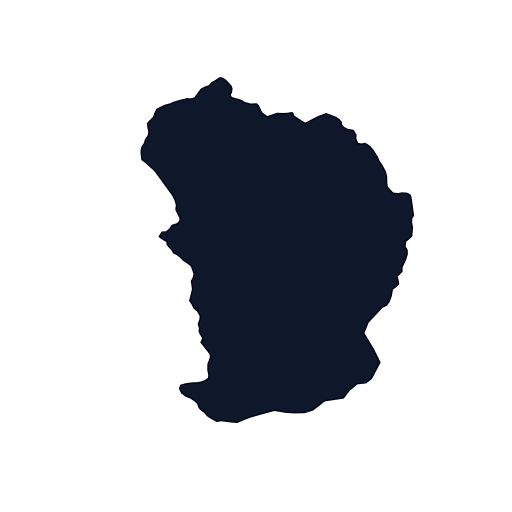 outline of Tambunan, Sabah, Malaysia, rotated 304°
{"feature_id": "92858781B2820786401574", "entity_name": "Tambunan", "entity_type": "district", "adm_level": 2, "iso_a3": "MYS", "parent_name": "Malaysia", "parent_adm1": "Sabah", "projection": "mercator", "projection_center": [116.421, 5.708], "detail": "fine", "context": "isolated", "style": "filled", "palette": "ink", "viewbox_px": 512, "rotation_deg": 304, "n_neighbors": 0, "source": "geoboundaries", "source_scale": "gbopen_adm2", "svg_char_len": 2650}
<svg xmlns="http://www.w3.org/2000/svg" viewBox="0 0 512 512"><g transform="rotate(304 256 256)"><path d="M377.6,363.8L389.1,353.5L391.1,351.6L392.5,349.9L392.5,346.8L391.3,344.3L389.7,341.7L387.4,339.5L385.7,336.7L384.6,334.1L386.6,326.0L390.2,322.9L394.7,319.8L398.1,316.1L401.5,309.7L403.4,304.9L405.7,301.3L409.0,293.9L410.2,289.7L410.4,286.1L410.2,283.3L407.9,281.3L406.0,277.4L409.0,272.9L412.1,271.2L414.4,266.4L411.9,260.8L411.6,256.6L412.4,253.5L414.4,252.1L415.5,248.7L415.5,245.0L413.3,234.9L406.8,230.1L393.3,222.6L393.0,210.2L393.0,209.1L395.0,206.3L394.4,205.1L391.6,202.3L388.8,198.4L386.0,193.9L378.7,188.3L377.8,187.7L377.6,186.0L377.8,180.7L379.8,177.3L381.8,173.9L382.3,171.4L378.7,166.6L376.7,160.7L376.7,157.3L375.9,154.0L374.8,151.2L373.6,147.2L374.8,144.4L378.1,143.9L381.2,142.4L382.9,140.2L383.7,136.5L384.6,132.6L384.6,128.7L383.5,126.4L378.1,124.2L374.8,122.5L371.1,122.2L367.4,119.4L363.8,117.4L358.2,117.1L352.8,116.9L349.5,114.1L347.8,111.0L345.0,108.4L337.1,101.7L334.0,100.0L330.1,96.4L325.6,93.8L322.2,91.9L318.3,92.4L313.8,93.5L309.5,92.7L305.0,92.1L302.5,94.4L298.9,98.0L295.8,99.4L290.4,99.4L287.3,100.6L282.6,100.6L279.2,102.0L278.1,102.7L276.1,104.2L272.2,107.6L271.9,112.4L270.2,124.5L260.1,152.3L257.5,157.3L253.9,161.6L249.7,163.8L245.2,171.7L242.6,173.4L238.7,172.8L234.5,169.4L230.3,169.4L225.8,168.3L223.3,164.9L218.5,164.9L218.2,164.9L217.9,166.1L217.9,170.0L218.2,174.5L216.2,175.6L215.1,178.4L214.3,182.4L212.6,186.0L213.1,189.7L212.9,193.3L212.0,198.4L212.0,203.7L211.7,207.9L209.5,211.0L206.4,215.0L202.2,216.4L199.1,216.6L193.2,222.0L181.9,226.2L180.5,229.9L178.3,233.5L177.7,238.3L176.6,240.8L175.2,243.4L172.4,245.0L167.3,246.4L164.8,249.5L161.7,251.2L160.0,254.0L158.3,258.0L153.8,258.8L152.7,262.2L149.1,273.1L146.5,275.1L139.5,276.8L134.7,279.9L131.3,283.3L128.3,285.2L124.0,283.5L120.9,281.3L117.6,277.9L115.3,274.6L113.1,272.0L110.5,269.2L106.9,266.1L103.5,266.7L101.0,270.9L100.7,276.0L101.8,281.0L101.8,286.4L101.3,290.0L98.5,293.7L97.9,296.5L97.6,300.7L96.5,305.2L96.5,308.8L97.1,315.9L100.4,319.5L103.0,324.9L107.5,333.3L112.0,336.1L119.0,340.9L127.7,348.2L138.4,357.5L143.4,368.4L147.6,375.5L153.3,383.6L160.3,389.2L174.3,393.7L187.3,407.8L196.6,408.3L206.7,411.2L212.3,417.9L219.0,420.1L237.0,418.2L244.1,405.8L252.2,388.4L263.7,385.9L284.2,389.2L287.9,391.5L292.7,391.8L298.3,390.4L304.8,387.5L308.4,388.9L312.4,389.8L315.2,387.3L318.0,384.2L321.9,385.0L324.7,385.6L328.1,383.3L332.6,382.5L336.5,381.9L342.1,380.2L345.2,378.0L347.2,374.1L351.7,371.8L356.8,373.2L359.6,373.8L367.2,369.6L370.5,366.2L374.2,363.9L377.6,363.8Z" fill="#0f172a" stroke="#020617" stroke-width="1.5"/></g></svg>